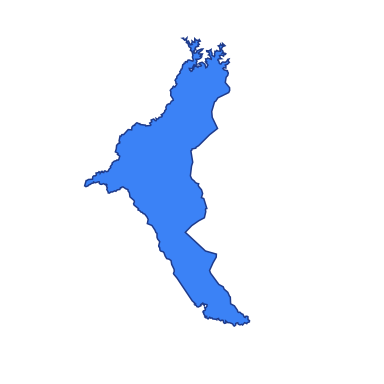 Jardim, Mato Grosso do Sul, Brazil (Albers equal-area conic projection), rotated 244°
{"feature_id": "56859067B9427285142105", "entity_name": "Jardim", "entity_type": "district", "adm_level": 2, "iso_a3": "BRA", "parent_name": "Brazil", "parent_adm1": "Mato Grosso do Sul", "projection": "albers", "projection_center": [-56.285, -21.608], "detail": "fine", "context": "isolated", "style": "filled", "palette": "blue", "viewbox_px": 384, "rotation_deg": 244, "n_neighbors": 0, "source": "geoboundaries", "source_scale": "gbopen_adm2", "svg_char_len": 6087}
<svg xmlns="http://www.w3.org/2000/svg" viewBox="0 0 384 384"><g transform="rotate(244 192 192)"><path d="M282.9,276.7L284.0,276.9L284.8,276.5L285.6,277.0L287.5,274.5L289.4,273.8L289.9,274.9L288.6,276.8L290.4,277.7L291.5,277.5L291.3,279.9L292.2,282.4L293.5,282.0L294.6,282.4L295.3,283.4L295.5,282.3L294.5,280.9L293.9,278.9L295.4,276.6L295.1,275.1L294.4,274.5L294.6,273.6L295.6,273.0L298.0,273.5L299.0,273.0L299.8,273.4L299.9,274.3L298.9,276.9L300.0,276.2L302.6,276.5L302.0,278.7L300.3,279.9L301.3,280.7L301.0,282.2L301.4,283.0L302.3,282.4L303.5,280.1L304.0,281.3L305.4,281.5L307.3,280.8L308.2,281.6L309.2,283.5L309.0,285.8L312.0,284.6L310.1,283.9L310.7,282.9L312.4,282.5L311.6,281.9L311.8,279.7L310.6,280.3L306.1,279.2L307.3,277.0L308.4,276.4L307.9,275.4L308.4,274.2L307.4,273.9L306.6,272.9L304.7,272.3L303.9,271.4L306.1,269.9L307.9,270.8L310.5,270.8L311.7,271.6L311.5,269.0L312.6,267.1L311.8,266.8L310.1,268.3L309.3,268.4L308.3,268.2L308.0,266.9L307.3,267.6L303.6,268.0L302.8,267.5L305.5,264.8L305.1,263.8L305.7,262.6L303.7,262.0L302.7,262.3L303.0,261.2L299.1,262.0L298.7,261.1L297.8,260.5L297.6,258.9L301.2,259.6L304.2,258.0L304.6,255.4L304.3,254.2L302.7,255.6L301.6,255.9L301.2,255.1L302.3,252.9L301.5,252.0L303.2,250.8L303.7,249.7L303.1,247.9L301.8,247.5L301.7,246.2L300.8,245.3L300.8,244.0L302.0,244.1L302.5,243.4L304.3,243.7L302.9,246.2L305.5,249.6L304.7,250.2L304.1,252.2L306.4,252.5L307.4,253.9L309.5,253.7L308.4,256.3L308.5,258.4L309.2,259.9L310.5,258.8L311.0,259.8L310.6,260.8L311.5,261.9L313.1,258.7L314.1,258.6L315.1,263.2L315.8,264.4L316.4,262.9L316.7,257.8L315.8,257.7L315.3,256.5L315.6,255.1L316.5,254.5L317.1,255.5L318.0,255.1L318.7,258.0L319.6,257.6L320.6,258.7L320.2,261.7L321.5,261.7L321.5,263.2L323.7,262.8L324.3,263.6L324.0,265.5L325.8,265.3L325.3,264.4L326.5,262.5L328.6,261.7L325.2,260.1L325.7,259.4L327.7,258.3L326.6,258.0L325.5,256.4L324.5,256.7L324.7,255.8L325.0,254.9L329.2,255.0L329.1,253.9L330.3,253.6L328.8,252.4L327.3,253.5L324.0,253.0L321.7,254.2L319.9,252.6L319.2,253.3L317.3,253.4L314.2,252.6L313.2,251.5L310.1,251.1L309.3,250.1L311.9,247.3L312.3,246.2L310.9,244.5L311.7,244.1L312.0,243.2L310.8,242.0L311.2,241.3L310.5,240.6L310.5,239.5L307.1,237.1L307.1,235.9L306.4,235.6L305.5,233.8L304.2,233.7L302.9,229.8L302.2,228.8L300.9,228.2L300.6,226.8L299.7,225.7L298.6,225.9L296.6,225.2L295.8,225.8L295.2,225.1L293.9,222.6L295.2,221.7L294.7,220.7L293.7,219.9L293.9,219.0L292.9,217.0L291.3,216.9L288.1,215.2L284.3,215.7L282.7,215.4L282.6,213.2L280.9,210.8L281.4,209.7L281.4,207.9L279.7,205.7L277.8,205.2L277.0,203.1L276.2,202.8L275.2,200.8L274.9,198.2L273.6,198.7L272.8,197.8L273.5,195.0L272.6,194.1L272.8,192.7L273.8,192.0L272.5,191.8L271.8,190.9L272.3,190.2L274.4,189.6L274.6,186.8L272.7,186.6L272.5,184.2L270.3,184.5L270.0,183.8L271.7,179.4L272.5,179.5L275.4,175.0L276.3,175.1L276.8,174.0L277.9,173.4L278.4,172.5L277.7,170.2L277.0,169.7L277.5,168.5L276.7,166.5L274.3,165.0L276.1,162.0L273.6,155.8L274.3,154.1L273.2,152.5L273.8,151.8L269.8,148.8L268.6,149.1L267.6,148.3L268.1,147.6L267.0,144.7L263.9,142.8L261.7,140.7L259.5,142.3L258.7,142.3L258.4,141.5L255.9,142.8L253.5,140.6L253.0,139.6L253.7,138.6L253.4,137.5L253.8,135.6L253.0,132.8L251.9,132.4L250.7,129.8L249.5,129.6L248.9,127.6L247.4,125.5L247.7,124.1L249.2,123.0L249.0,122.0L248.2,121.2L249.1,120.0L249.8,120.4L250.2,119.6L249.0,117.6L250.1,117.9L251.0,117.3L250.5,116.4L251.1,114.0L249.2,113.5L248.9,112.4L249.6,110.6L249.1,109.4L247.1,108.2L248.7,104.3L248.4,103.0L248.7,101.9L244.6,98.2L243.3,99.0L243.1,101.3L243.6,102.6L243.4,104.2L243.8,105.3L243.3,107.4L244.1,107.9L242.7,109.1L242.2,112.4L241.7,113.1L240.5,112.5L239.2,113.0L238.5,114.1L238.3,116.2L236.2,117.5L236.7,118.2L236.0,118.7L234.1,117.5L233.0,117.8L231.6,116.5L229.0,116.7L227.9,116.3L227.2,117.4L227.6,119.1L226.9,120.5L226.9,123.1L226.0,123.9L226.7,125.8L225.9,128.2L227.2,129.6L226.7,130.6L227.2,131.3L226.9,132.2L223.9,133.9L222.3,135.5L221.0,135.0L218.9,135.4L214.8,134.1L209.8,136.2L208.4,135.9L207.0,134.3L205.6,134.2L200.5,136.6L199.6,135.6L198.2,136.8L196.2,137.4L195.4,138.5L194.1,138.6L193.0,139.8L189.2,140.6L186.6,140.6L183.2,138.0L179.5,141.3L174.0,142.0L171.4,141.8L170.2,142.4L166.6,140.7L164.7,140.5L161.5,141.2L158.3,138.5L157.3,138.2L156.5,138.6L153.7,137.7L152.5,138.1L151.0,139.8L149.8,140.2L146.1,139.8L143.2,140.1L141.6,142.0L139.6,143.1L135.8,142.0L130.3,142.0L128.4,141.2L127.0,139.7L126.1,139.6L121.2,140.8L94.0,144.5L91.2,145.7L90.4,145.1L89.9,146.0L89.2,145.2L88.2,146.1L86.8,146.2L85.9,147.2L85.9,150.3L86.9,150.4L87.4,152.9L86.3,152.6L84.8,153.3L86.0,153.8L84.2,156.1L82.8,155.4L81.9,153.5L82.5,152.8L80.6,152.6L79.9,151.8L80.1,150.2L79.4,149.2L78.7,149.7L77.6,149.1L74.7,149.3L74.1,150.1L74.0,148.8L73.0,149.2L72.0,150.4L70.9,150.8L71.6,153.1L70.5,153.4L70.1,154.7L68.8,155.0L67.2,157.6L66.2,158.3L67.0,159.0L66.7,160.4L65.6,160.1L63.6,161.4L63.7,162.8L62.9,163.7L60.7,163.2L59.6,163.8L59.4,165.1L61.3,165.8L58.9,166.9L58.0,168.6L55.7,170.7L53.6,170.8L52.9,171.4L53.4,173.1L54.6,173.6L54.7,174.7L54.4,175.8L53.0,175.6L51.6,176.8L51.2,178.8L50.3,179.2L51.5,182.0L49.7,183.5L50.3,184.4L50.1,186.6L51.2,187.3L52.7,186.4L55.4,187.6L56.3,186.9L56.7,185.7L55.9,184.8L56.6,184.2L59.9,184.1L60.7,183.2L63.0,182.3L63.4,181.0L64.5,180.6L65.6,181.0L71.1,180.2L74.6,177.7L80.8,180.4L81.9,180.0L86.1,180.2L90.6,178.3L93.1,178.5L97.1,175.6L110.7,173.1L113.8,173.4L119.2,179.9L122.8,185.2L125.5,186.7L133.1,178.2L158.7,168.3L161.9,177.0L163.2,185.5L163.4,191.8L168.2,195.7L170.1,196.3L171.0,197.1L170.7,198.1L180.9,199.7L182.8,198.0L186.0,200.9L189.9,201.5L194.2,200.4L195.2,200.5L196.5,201.6L197.7,200.1L199.3,199.1L200.5,199.0L203.9,197.5L207.2,197.6L215.6,203.0L218.4,205.7L229.4,209.0L229.6,210.0L230.7,210.9L229.7,214.6L230.5,215.4L230.7,218.2L235.8,233.0L237.9,242.8L250.2,242.9L255.7,245.0L263.2,251.8L263.2,253.0L265.3,256.6L265.3,268.6L266.8,270.4L269.3,271.5L275.8,269.9L280.2,273.0L281.1,275.2L282.9,276.7ZM331.3,253.5L332.0,254.4L332.7,254.9L332.1,253.1L332.4,251.7L331.6,252.0L331.3,253.5ZM334.3,250.9L333.2,251.7L334.0,251.9L334.3,250.9Z" fill="#3b82f6" stroke="#1e3a8a" stroke-width="1.5"/></g></svg>